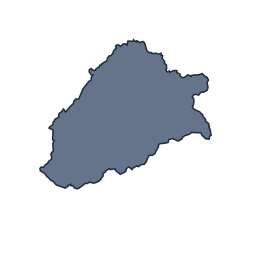 San Lorenzo, Puerto Rico, rotated 222°
{"feature_id": "32010507B65674201186595", "entity_name": "San Lorenzo", "entity_type": "district", "adm_level": 2, "iso_a3": "PRI", "parent_name": "Puerto Rico", "parent_adm1": "", "projection": "robinson", "projection_center": [-65.979, 18.152], "detail": "fine", "context": "isolated", "style": "filled", "palette": "slate", "viewbox_px": 256, "rotation_deg": 222, "n_neighbors": 0, "source": "geoboundaries", "source_scale": "gbopen_adm2", "svg_char_len": 2586}
<svg xmlns="http://www.w3.org/2000/svg" viewBox="0 0 256 256"><g transform="rotate(222 128 128)"><path d="M60.5,174.4L61.9,176.8L61.3,178.2L66.4,182.1L68.3,182.7L68.5,183.6L71.3,185.3L74.9,185.0L75.9,186.2L80.2,186.9L81.6,188.0L82.3,187.5L85.6,188.0L88.8,186.9L91.7,186.1L93.3,186.4L94.4,186.8L94.7,188.6L96.3,191.2L98.9,193.8L101.2,194.1L101.2,196.9L100.4,198.3L97.6,199.6L97.7,202.5L97.2,204.4L95.9,205.0L94.4,209.0L95.7,211.7L99.9,214.9L100.0,217.0L100.9,217.8L103.9,218.6L104.9,217.9L109.3,218.1L111.3,214.5L114.3,211.7L116.2,209.1L115.8,208.6L119.1,207.7L119.9,203.4L121.1,201.9L123.8,201.5L125.6,202.9L128.8,201.8L130.0,203.4L132.3,201.6L134.2,197.4L135.4,198.1L136.3,195.9L139.0,196.5L139.0,198.0L141.7,200.6L144.6,200.5L145.0,201.8L149.3,202.7L150.7,205.0L152.3,204.4L153.3,205.7L154.9,203.1L156.7,202.7L160.2,199.4L161.4,199.6L162.9,198.1L165.4,198.0L172.9,202.5L174.8,202.3L176.4,199.5L179.9,198.7L179.5,197.4L182.9,197.2L182.1,195.9L186.2,192.6L184.2,189.0L185.9,189.0L187.7,187.5L188.1,183.6L190.8,183.4L192.0,181.9L192.0,180.3L190.0,179.7L190.4,175.9L189.4,173.6L189.0,170.7L190.3,168.8L190.0,166.3L188.7,163.7L189.5,161.5L190.5,158.3L189.9,157.2L191.0,155.9L190.4,154.4L191.3,150.5L190.9,149.0L191.8,147.8L195.2,147.5L195.7,145.3L194.3,143.7L190.9,142.9L189.8,143.8L189.2,141.2L187.8,139.4L187.3,138.3L188.3,136.7L187.6,126.8L184.0,116.6L185.4,115.2L186.3,114.3L186.1,111.6L184.9,109.4L185.4,104.7L185.0,98.1L187.6,98.8L188.8,98.8L188.2,95.5L189.0,93.2L188.4,91.4L186.7,90.1L188.2,85.3L187.5,83.9L187.7,82.4L186.1,80.2L186.9,76.5L186.7,75.1L182.2,76.3L180.6,74.2L179.0,72.6L178.1,71.0L176.0,68.8L174.6,69.4L173.6,66.3L168.6,61.4L167.8,60.3L168.4,59.0L167.7,56.6L166.1,56.1L164.0,53.7L164.7,50.0L164.0,47.8L164.8,45.9L164.5,42.3L166.4,40.8L166.4,39.1L164.6,37.5L159.4,38.5L156.6,37.8L151.2,37.7L150.1,37.4L148.5,38.3L143.2,37.7L134.4,41.3L133.6,44.7L134.2,45.1L132.9,47.8L132.0,46.8L130.3,48.2L127.8,47.6L124.9,48.9L124.1,50.9L122.7,58.1L121.0,59.6L120.5,61.9L117.4,63.6L116.8,63.8L115.0,66.5L113.9,69.7L114.4,75.7L116.3,77.6L115.4,79.4L115.7,81.9L114.8,85.3L113.3,85.2L110.4,89.0L109.0,88.1L102.8,88.4L101.0,92.8L100.7,94.4L102.1,97.1L101.2,99.7L97.1,99.9L97.5,102.0L96.0,105.7L94.3,106.3L93.7,109.7L91.6,112.0L91.7,112.6L91.8,114.9L93.9,120.8L93.4,122.6L91.8,123.7L90.8,126.8L91.9,129.9L92.0,131.6L92.3,132.6L92.8,134.5L94.3,136.2L93.6,137.9L90.5,141.2L88.6,144.1L89.9,146.9L87.8,149.9L82.0,151.8L80.7,155.5L81.1,158.1L80.7,160.3L78.4,164.0L77.8,167.2L70.6,173.2L68.8,172.2L63.1,171.9L60.3,173.9L60.5,174.4Z" fill="#64748b" stroke="#1e293b" stroke-width="1.5"/></g></svg>